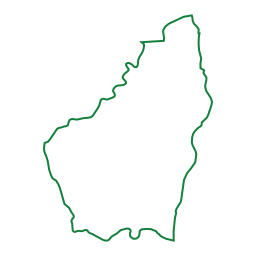 the Metropolitan department of Ardèche
{"feature_id": "FRA-5267", "entity_name": "Ardèche", "entity_type": "Metropolitan department", "adm_level": 1, "iso_a3": "FRA", "parent_name": "France", "parent_adm1": "", "projection": "natural_earth1", "projection_center": [4.405, 44.824], "detail": "fine", "context": "isolated", "style": "outline", "palette": "green", "viewbox_px": 256, "rotation_deg": 0, "n_neighbors": 0, "source": "natural_earth", "source_scale": "10m", "svg_char_len": 2608}
<svg xmlns="http://www.w3.org/2000/svg" viewBox="0 0 256 256"><path d="M198.6,29.8L198.5,33.3L199.5,33.3L198.8,37.3L198.6,43.8L199.1,50.3L201.2,58.5L200.4,63.7L200.5,68.2L204.1,70.3L203.5,72.9L204.3,74.5L205.5,75.8L206.4,77.7L206.4,80.1L205.4,84.4L205.2,86.8L206.2,90.8L210.9,98.2L212.0,101.8L211.4,105.4L208.1,115.2L207.0,117.2L206.4,118.1L202.7,121.6L201.9,122.3L201.5,125.1L200.5,126.4L199.1,127.2L197.4,128.6L194.9,131.2L193.2,133.8L192.2,137.1L191.8,142.3L192.5,145.0L195.5,151.0L196.3,154.4L195.2,162.3L191.4,167.9L187.1,173.1L184.0,179.9L181.1,200.5L180.5,202.4L176.8,208.3L176.0,210.1L175.7,211.7L176.2,212.9L175.0,217.7L173.6,231.3L173.7,240.6L166.2,238.8L161.7,236.7L160.8,236.1L160.2,235.6L159.4,234.5L158.8,234.0L157.5,233.2L157.1,232.7L156.8,232.1L156.0,231.2L151.1,229.2L147.0,228.9L142.0,229.3L140.4,230.2L139.6,231.4L139.5,234.1L139.2,235.4L138.7,236.6L137.6,237.7L136.1,238.6L134.2,238.8L132.5,238.4L130.5,236.6L130.0,235.1L130.0,233.6L130.4,232.3L130.7,230.9L130.3,229.7L129.0,228.7L126.8,228.6L121.7,229.8L120.4,230.4L116.7,233.6L112.4,236.0L111.3,237.0L109.4,239.3L108.2,240.2L106.8,240.6L104.9,240.5L103.1,239.9L91.8,233.8L90.0,233.2L88.6,232.3L87.7,230.9L86.9,230.2L85.2,230.0L82.3,231.1L80.9,231.1L79.4,230.9L77.9,230.9L75.0,231.9L73.7,231.6L72.7,230.4L72.2,223.7L71.4,221.1L72.1,219.2L73.1,218.1L73.8,217.0L73.6,215.3L71.5,212.4L69.1,207.8L64.5,204.0L59.8,187.8L58.5,184.6L56.2,180.7L52.7,178.5L51.1,175.5L49.2,169.8L47.8,161.3L45.9,155.2L45.5,154.6L45.1,153.8L44.4,151.6L44.0,149.0L44.6,143.0L48.2,141.6L48.8,140.7L49.8,139.6L57.0,129.0L58.4,128.1L59.9,127.7L61.3,127.5L64.2,126.4L65.5,126.3L66.4,126.0L67.8,125.3L68.2,124.0L68.5,122.4L69.5,120.1L70.8,119.3L72.3,119.0L77.0,119.6L83.8,118.1L88.6,117.7L90.8,117.2L92.3,116.2L93.4,114.9L97.3,109.0L98.9,106.1L99.5,104.7L100.3,101.7L101.0,99.8L102.3,98.9L103.6,98.8L107.0,99.6L112.1,97.8L114.3,96.6L114.9,95.4L114.6,93.9L113.4,91.7L113.2,91.3L113.0,91.0L113.2,90.3L113.6,88.9L115.2,86.9L116.7,85.9L118.3,85.5L122.1,85.2L124.7,84.4L125.9,83.4L126.1,82.1L125.3,80.9L123.1,78.6L122.7,77.1L123.3,75.4L125.3,73.0L127.4,71.6L128.5,70.2L128.6,69.1L126.8,66.5L126.1,65.2L126.3,63.7L127.3,63.1L128.6,63.0L130.0,63.4L131.3,64.1L132.4,65.0L133.5,66.1L134.5,67.0L136.2,67.2L137.1,66.4L137.7,65.2L137.9,63.9L138.1,61.3L138.3,59.9L138.8,58.6L139.3,57.3L142.4,52.2L143.3,49.6L143.7,48.3L144.0,46.0L144.0,44.4L141.5,42.2L162.8,40.9L163.6,41.0L163.9,40.4L164.1,38.0L163.1,31.8L163.4,29.6L165.5,26.4L168.9,23.7L183.6,16.8L191.8,15.4L192.3,17.2L192.8,21.3L194.0,23.8L196.5,26.2L198.6,29.1L198.6,29.8Z" fill="none" stroke="#15803d" stroke-width="2"/></svg>